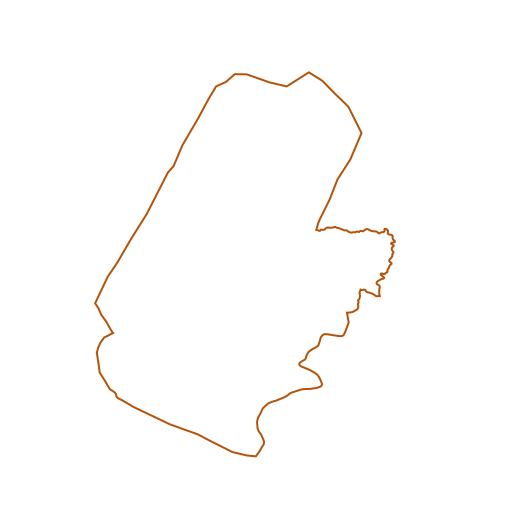 the district of Deiyai, Papua, Indonesia, rotated 293°
{"feature_id": "22746128B51921656212420", "entity_name": "Deiyai", "entity_type": "district", "adm_level": 2, "iso_a3": "IDN", "parent_name": "Indonesia", "parent_adm1": "Papua", "projection": "equal_earth", "projection_center": [136.433, -4.156], "detail": "fine", "context": "isolated", "style": "outline", "palette": "amber", "viewbox_px": 512, "rotation_deg": 293, "n_neighbors": 0, "source": "geoboundaries", "source_scale": "gbopen_adm2", "svg_char_len": 6049}
<svg xmlns="http://www.w3.org/2000/svg" viewBox="0 0 512 512"><g transform="rotate(293 256 256)"><path d="M445.7,232.9L424.1,218.0L421.1,200.8L419.6,176.6L415.1,165.4L404.6,160.4L396.5,153.0L382.2,151.0L360.4,149.0L329.2,145.0L306.4,145.0L298.5,142.3L251.9,139.0L222.7,134.3L196.5,131.0L178.7,127.6L149.6,126.4L146.5,131.1L141.3,136.7L137.1,143.8L131.1,151.5L129.2,154.6L127.6,152.9L125.3,151.3L121.7,148.1L115.6,146.7L110.5,146.5L104.9,147.2L94.9,153.4L87.6,157.7L81.9,166.0L76.4,173.3L75.2,179.3L73.9,181.4L72.2,182.3L71.2,184.4L70.9,188.5L71.0,188.5L70.5,192.2L70.1,195.5L69.2,202.2L68.5,217.1L68.0,228.7L67.4,242.2L68.3,258.9L69.1,272.1L68.0,284.5L67.1,298.8L66.3,310.8L68.8,325.5L71.5,334.1L72.7,334.4L73.7,334.6L77.8,335.6L81.8,336.0L85.8,336.7L88.2,336.0L90.0,334.4L93.7,330.4L95.8,326.8L98.1,324.7L103.7,321.8L107.7,321.0L112.3,321.6L115.9,321.7L118.4,321.8L122.3,323.5L125.4,325.1L128.3,328.0L131.0,331.3L134.1,334.4L137.2,337.4L140.2,339.6L143.5,341.4L146.9,345.3L150.8,349.8L152.6,352.9L154.8,357.7L158.1,363.2L160.9,366.3L162.4,367.0L163.8,366.9L165.2,365.7L167.4,363.4L169.7,360.6L171.0,358.0L171.6,354.5L172.1,350.1L172.1,344.6L172.0,340.3L172.7,338.5L173.7,337.9L175.3,338.2L177.9,340.0L179.6,341.4L181.4,341.8L183.7,341.4L186.3,341.5L188.8,342.1L192.2,344.2L194.4,346.2L196.0,347.2L197.0,348.0L198.8,348.3L203.0,347.9L206.2,347.4L209.2,348.2L210.7,349.5L211.5,351.2L212.3,354.0L213.2,357.9L214.0,360.9L214.7,363.6L215.3,365.3L216.0,366.4L217.2,367.5L219.6,367.7L222.9,367.7L226.5,367.5L231.0,367.3L239.4,361.9L240.5,364.3L241.4,365.5L241.9,366.5L242.3,366.9L244.4,368.5L246.6,370.1L248.4,370.2L249.4,370.0L251.2,368.9L251.6,368.6L253.4,368.6L253.7,368.5L254.9,367.3L256.9,367.9L259.2,367.5L260.4,367.1L262.0,366.1L263.0,365.5L264.9,365.6L265.9,365.4L266.1,366.6L266.2,367.3L266.5,367.8L267.1,368.3L267.4,368.9L267.4,369.6L267.2,370.1L266.9,370.6L266.6,371.0L266.4,371.2L266.2,371.8L266.1,372.3L266.2,372.9L266.4,373.6L266.5,374.2L266.6,374.9L266.6,375.5L266.7,376.9L266.7,379.0L266.4,380.2L266.3,380.7L266.0,382.0L266.0,382.5L266.1,382.9L266.3,383.3L266.5,383.6L267.1,384.5L267.5,385.6L268.7,384.7L269.4,384.2L270.8,383.6L273.2,382.6L274.4,382.4L275.1,382.3L275.8,382.0L276.4,381.8L276.7,381.5L276.9,381.2L277.1,380.2L277.2,379.0L277.3,378.5L277.6,378.0L278.4,377.5L279.5,377.5L280.5,378.0L281.4,378.6L282.4,379.3L283.3,380.1L284.4,381.3L285.1,382.3L285.8,382.6L286.2,382.3L286.6,381.1L287.3,378.7L287.7,378.0L288.2,377.9L288.5,377.9L288.8,378.1L289.1,378.5L289.2,379.3L289.3,380.5L289.4,381.3L289.8,381.6L290.1,381.6L291.1,382.0L291.9,382.7L292.6,383.2L292.9,383.3L293.2,383.1L293.5,382.9L293.8,382.7L294.3,382.6L294.7,382.5L295.3,382.4L295.8,382.6L296.4,382.9L296.9,383.0L297.4,383.0L298.2,382.8L298.8,382.8L299.3,382.8L299.7,382.8L300.1,383.0L301.1,383.5L301.5,383.7L301.7,383.8L302.0,383.7L302.4,383.5L302.5,383.3L302.9,381.6L303.3,380.7L303.8,380.4L304.6,380.3L305.1,380.4L305.6,380.6L306.2,380.9L306.9,381.1L307.5,381.3L308.0,381.4L308.6,381.5L309.1,381.5L310.0,381.2L310.6,380.8L310.9,380.8L312.1,381.1L312.6,381.2L313.2,381.0L313.4,380.8L314.4,379.1L314.7,378.7L315.1,378.4L315.7,378.1L316.4,378.0L316.9,377.9L317.9,378.3L318.5,378.6L318.9,378.8L319.2,378.7L319.4,378.6L319.6,378.5L319.7,378.3L319.8,378.0L319.8,377.7L319.8,377.1L319.8,376.6L319.9,376.2L320.0,375.9L320.3,375.6L320.5,375.5L320.9,375.5L321.2,375.7L321.5,376.0L322.1,377.1L322.3,377.4L322.5,377.7L322.6,377.9L323.0,378.2L323.3,378.2L323.5,378.2L323.8,378.1L324.0,377.9L324.1,377.6L324.2,377.3L324.4,376.9L324.4,376.5L324.6,376.2L324.7,375.9L324.9,375.7L325.1,375.4L325.4,375.0L325.7,374.8L326.0,374.6L326.4,374.4L326.9,374.3L327.2,374.3L327.5,374.2L327.8,374.0L327.9,373.9L328.0,373.7L328.2,373.2L328.3,372.9L328.3,372.7L328.3,372.3L328.3,372.0L328.2,371.7L328.0,371.0L327.9,370.7L327.8,370.4L327.8,370.1L327.8,369.8L327.8,369.5L327.9,369.2L328.0,369.0L328.2,368.7L328.4,368.5L328.6,368.3L328.9,368.2L329.1,368.1L329.9,367.9L330.2,367.8L330.5,367.7L330.8,367.6L331.0,367.4L331.2,367.2L331.3,367.0L331.5,366.6L331.6,366.3L331.6,365.8L331.6,365.4L331.6,364.9L331.5,364.6L331.4,364.3L331.3,364.0L331.1,363.8L330.9,363.8L330.6,363.8L329.9,364.4L329.7,364.5L329.3,364.5L329.1,364.5L328.9,364.4L328.5,364.3L328.3,364.3L328.0,364.2L327.8,364.0L327.6,363.6L327.2,362.7L326.9,362.3L326.6,361.9L326.3,361.6L325.6,361.2L325.2,361.0L325.0,360.7L324.9,360.4L324.9,360.1L324.9,359.8L324.9,359.5L325.0,359.3L325.2,359.0L325.4,358.6L325.5,358.2L325.5,357.6L325.5,357.1L325.3,356.4L324.9,355.3L324.8,354.9L324.7,354.3L324.5,353.8L324.3,353.4L324.2,353.0L324.1,352.6L324.1,352.0L324.2,351.6L324.2,351.1L324.3,350.6L324.3,348.8L324.3,348.6L324.3,348.2L324.1,347.6L323.9,347.2L323.6,346.8L323.2,346.5L322.7,346.1L322.2,345.8L321.6,345.5L321.2,345.3L320.7,345.0L320.5,344.8L320.4,344.6L320.4,344.3L320.3,343.9L320.2,343.2L320.1,342.7L319.7,342.3L319.5,342.0L319.1,341.8L318.8,341.7L318.5,341.6L318.4,341.4L318.3,341.1L318.3,340.1L318.2,339.8L318.0,339.5L317.7,339.2L316.9,338.2L316.6,338.0L316.4,337.7L316.3,337.4L316.2,337.2L316.2,336.9L316.0,336.4L315.8,336.0L315.4,335.5L315.1,335.3L314.9,334.9L314.8,334.6L314.6,334.2L314.6,333.7L314.5,333.0L314.5,332.4L314.5,331.9L314.5,331.4L314.9,330.1L314.9,329.6L314.9,329.1L314.7,328.7L314.5,328.2L314.3,327.7L314.1,327.3L314.1,326.8L314.1,326.0L314.1,324.9L314.1,324.3L314.1,323.6L314.0,322.3L314.0,321.8L313.9,320.8L313.9,320.6L313.7,320.0L313.6,319.7L313.6,319.4L313.6,318.9L313.7,318.3L313.7,318.0L313.7,317.7L313.6,317.4L313.4,317.0L313.2,316.8L313.0,316.6L312.2,315.6L312.0,315.3L311.9,315.1L310.9,313.1L310.6,311.9L310.2,310.9L310.0,310.6L309.8,310.4L309.5,310.1L309.0,309.7L308.7,309.4L308.3,309.2L307.4,308.9L307.1,308.6L306.8,308.3L306.5,307.9L306.3,307.6L306.1,307.2L305.9,306.1L305.7,305.7L305.5,305.4L305.2,305.2L304.9,305.1L304.6,305.1L304.3,305.1L304.2,305.0L304.1,304.9L303.9,304.5L303.8,303.4L303.8,302.5L303.8,301.9L303.7,301.6L303.6,301.3L310.9,300.4L314.8,300.4L336.6,301.7L358.4,301.1L381.7,305.1L410.4,305.1L429.5,282.7L436.3,265.2L443.2,248.6L445.7,232.9Z" fill="none" stroke="#b45309" stroke-width="2"/></g></svg>